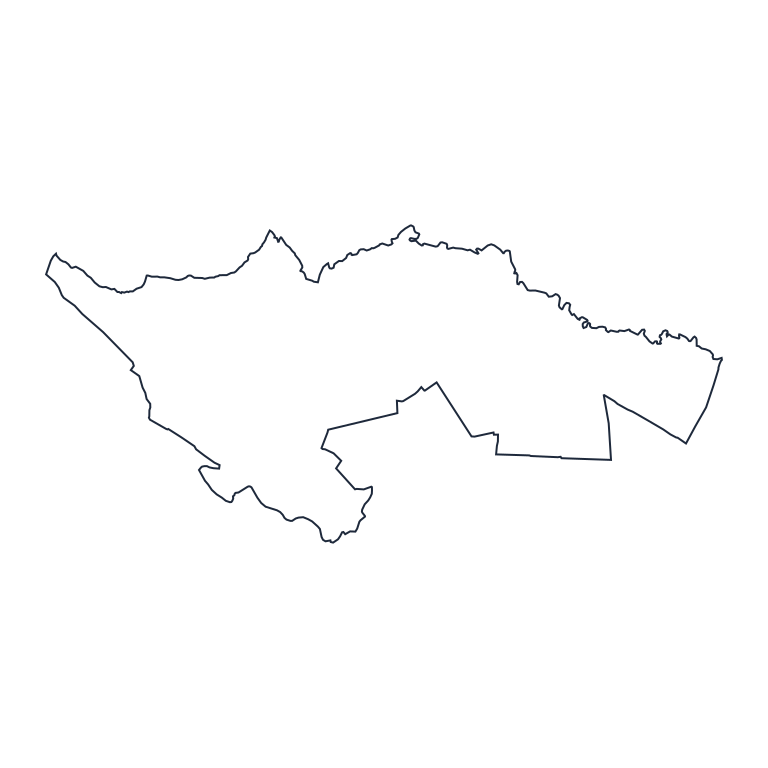 Popesti, Vrancea, Romania
{"feature_id": "2599482B83039942073934", "entity_name": "Popesti", "entity_type": "district", "adm_level": 2, "iso_a3": "ROU", "parent_name": "Romania", "parent_adm1": "Vrancea", "projection": "albers", "projection_center": [27.079, 45.583], "detail": "fine", "context": "isolated", "style": "outline", "palette": "slate", "viewbox_px": 768, "rotation_deg": 0, "n_neighbors": 0, "source": "geoboundaries", "source_scale": "gbopen_adm2", "svg_char_len": 6104}
<svg xmlns="http://www.w3.org/2000/svg" viewBox="0 0 768 768"><path d="M686.0,443.5L695.3,426.3L706.1,407.4L713.5,385.4L718.4,369.4L718.5,367.4L719.7,363.6L720.9,361.0L721.9,359.9L721.6,357.9L717.4,359.3L713.4,359.0L712.6,356.9L713.0,355.7L712.8,354.4L709.8,351.0L705.7,349.3L701.7,348.5L699.0,346.3L696.7,345.8L696.6,339.5L696.1,338.0L694.6,336.6L693.5,337.3L690.6,341.0L690.0,341.2L689.0,341.0L687.3,338.6L685.5,337.1L679.9,334.4L679.2,334.4L679.0,335.8L679.4,337.7L679.2,338.3L678.7,338.5L671.9,336.6L669.4,334.5L668.7,334.5L667.0,336.3L666.6,334.7L666.7,333.7L667.7,332.8L667.6,331.8L667.2,331.0L665.5,330.3L663.2,331.3L661.9,333.9L661.2,334.8L660.0,335.2L659.8,335.9L659.6,336.9L660.8,338.1L661.3,339.4L660.2,341.3L660.1,342.1L660.9,343.4L660.5,343.8L657.4,343.8L657.0,343.3L657.0,341.6L656.7,341.3L655.0,341.4L653.2,343.4L652.5,343.5L649.5,341.4L645.9,336.9L644.5,335.7L643.8,333.7L644.8,330.9L644.1,329.6L642.1,329.8L637.9,334.6L637.5,334.6L630.0,330.9L629.8,330.0L629.0,329.5L624.4,331.1L619.6,330.5L618.7,331.0L618.4,331.7L616.8,331.8L610.8,330.5L608.4,332.1L607.8,331.9L605.9,330.1L606.0,328.8L605.2,327.4L602.5,326.7L599.0,326.9L596.4,328.2L591.9,327.9L590.3,326.6L590.0,325.9L590.1,324.0L589.4,323.2L588.5,323.1L587.7,323.8L586.3,327.0L583.6,328.0L582.8,326.4L582.7,324.1L583.8,322.5L587.4,321.4L587.6,320.8L587.1,319.9L582.8,317.3L581.9,317.2L579.6,318.4L579.7,319.6L579.5,319.8L577.7,318.9L573.9,314.1L572.2,315.0L571.6,314.5L569.2,310.3L569.6,307.0L570.2,304.8L569.0,303.3L566.5,302.9L564.3,305.1L562.4,309.1L561.9,309.3L560.6,308.3L559.5,307.2L558.9,305.5L560.0,298.1L558.6,295.7L557.3,294.7L555.6,294.1L552.2,296.3L548.8,296.7L546.3,293.4L544.6,292.7L535.3,290.5L529.8,290.6L527.7,290.1L523.3,283.1L522.0,281.9L520.1,282.0L518.7,284.3L517.5,284.0L517.1,281.9L517.6,275.2L516.4,273.0L515.1,273.5L514.3,273.3L514.6,271.8L515.1,271.1L515.2,269.4L511.2,261.6L509.8,251.5L509.5,251.0L507.9,250.5L506.1,250.7L504.6,251.8L503.8,253.2L503.2,253.2L500.2,249.6L494.3,245.4L491.2,244.3L487.7,245.5L481.6,250.4L478.3,248.6L477.1,248.6L476.2,249.6L478.4,253.3L477.8,253.8L474.5,252.4L470.0,249.7L467.6,250.3L462.0,248.7L455.4,248.2L453.2,247.6L448.3,248.9L447.4,248.5L447.0,247.5L447.2,245.2L446.6,243.8L442.2,242.3L440.5,242.5L437.9,245.9L437.0,246.4L435.6,246.6L424.4,243.6L423.1,244.1L422.8,245.3L421.7,245.5L418.8,243.6L415.8,240.6L411.4,241.2L410.1,240.5L409.5,239.7L410.0,238.5L410.9,238.1L414.4,238.9L416.4,238.9L417.8,237.9L419.3,234.4L418.9,233.6L415.5,232.3L414.4,230.5L413.7,227.1L413.1,226.4L411.1,225.4L410.4,225.5L405.3,228.5L401.0,231.9L398.4,234.9L397.6,237.5L395.1,238.8L391.8,239.1L391.5,239.6L391.8,241.7L392.5,243.3L391.4,244.4L388.2,245.5L382.3,243.5L379.7,244.4L379.3,245.3L374.7,247.8L373.2,248.3L371.8,248.1L370.0,249.4L366.7,250.5L363.7,249.2L360.7,249.4L359.3,250.2L357.8,253.0L356.6,254.3L352.1,255.1L351.5,254.7L351.5,254.0L351.0,253.3L350.2,253.1L347.3,255.0L346.1,258.0L342.2,261.1L338.9,261.0L334.3,264.3L333.6,267.7L331.6,268.6L329.8,268.3L329.2,267.4L328.1,263.3L326.9,264.0L323.3,267.1L319.8,274.7L317.9,282.3L313.8,281.7L312.2,280.7L306.2,278.9L304.7,274.0L303.8,272.6L302.2,271.4L300.5,271.1L300.4,270.6L302.3,267.5L302.2,265.7L299.2,259.9L295.3,255.2L294.8,253.4L292.1,250.8L289.7,247.5L286.2,244.9L281.3,237.5L280.7,237.4L279.3,239.7L278.8,241.6L278.2,241.8L276.9,238.1L274.4,237.5L274.9,236.3L274.3,235.0L272.1,232.1L269.8,230.5L266.2,237.6L265.6,239.7L264.0,242.4L262.4,244.3L262.0,246.0L260.8,247.0L259.1,249.7L255.2,252.5L253.5,253.2L250.3,253.6L248.0,257.0L248.2,259.2L247.6,260.5L244.5,262.4L242.0,265.8L239.6,267.4L235.9,271.4L234.3,272.5L231.0,273.0L226.8,275.1L219.5,275.2L218.2,276.1L215.4,276.7L214.3,277.5L209.8,277.6L204.8,278.8L202.2,278.0L194.3,277.8L190.9,275.6L189.1,275.5L187.7,276.0L186.3,277.4L182.2,279.3L178.5,280.0L175.5,279.8L170.3,278.2L164.1,277.3L160.0,277.3L157.5,276.6L151.9,276.7L147.8,275.5L146.7,275.6L145.0,281.5L143.7,284.4L141.5,287.1L136.6,288.7L132.8,291.4L129.8,291.4L128.5,292.1L127.0,291.6L124.3,292.6L121.9,292.1L121.2,293.1L119.0,292.0L117.4,292.0L114.4,288.9L111.4,289.4L105.9,287.0L102.8,287.2L99.4,286.3L94.7,282.5L90.8,277.8L87.4,275.6L83.3,270.9L75.8,266.7L72.1,267.9L70.9,267.5L68.4,264.3L65.5,262.0L63.1,261.5L60.3,259.9L56.5,255.6L56.0,253.7L53.3,256.3L50.8,260.7L46.1,274.4L54.8,282.0L58.8,287.7L61.8,295.1L63.7,297.8L74.7,305.7L82.3,314.0L103.1,332.1L132.7,362.3L133.8,365.9L130.8,370.1L139.3,376.1L142.6,387.6L145.3,392.9L146.6,399.0L150.2,403.8L150.3,407.5L149.4,410.2L149.3,416.3L148.9,417.7L150.0,419.7L166.1,428.9L167.5,429.4L168.3,429.0L181.3,437.3L194.4,446.2L196.1,449.3L204.7,455.8L214.5,462.7L219.6,465.1L219.1,468.6L213.4,468.2L209.5,467.4L206.9,466.1L204.6,466.1L202.1,466.6L201.0,467.5L199.0,470.0L205.0,480.8L208.1,484.4L211.8,489.9L216.7,494.4L221.8,497.6L225.8,500.8L229.9,502.2L231.4,502.0L232.3,500.8L233.2,498.6L233.0,496.3L234.3,495.3L234.7,493.8L235.5,492.9L238.5,492.5L247.7,486.7L249.0,486.3L250.4,486.6L251.5,487.4L257.4,497.7L261.2,503.0L265.6,506.7L277.0,510.3L280.2,512.1L282.8,514.9L284.5,517.9L286.5,519.6L290.5,520.9L292.1,520.9L295.7,518.5L298.5,517.6L303.2,517.2L308.1,519.2L312.1,521.4L317.9,526.6L319.9,529.0L321.6,537.0L323.0,539.8L325.5,541.3L330.4,540.4L330.7,542.0L333.1,542.6L338.0,539.3L340.1,536.3L342.1,532.3L343.4,532.0L345.2,534.2L350.1,531.4L355.4,531.6L357.2,528.6L359.4,521.7L360.5,520.3L365.0,516.6L364.9,515.9L362.2,512.5L361.9,511.4L362.2,509.6L364.7,504.3L368.2,500.5L370.1,497.5L371.8,493.8L372.0,490.3L371.9,487.1L371.3,486.7L363.8,489.4L356.7,488.9L355.0,489.3L336.1,468.4L341.2,460.8L333.6,453.3L325.1,449.3L322.5,449.0L321.5,448.1L327.5,432.5L328.2,429.7L397.4,413.1L396.9,400.7L401.8,401.4L403.2,401.1L415.0,393.8L417.7,391.4L421.3,387.1L424.4,390.6L424.9,390.6L436.6,382.4L471.5,436.4L474.6,436.6L493.5,432.5L493.9,434.7L498.0,434.6L497.9,441.4L496.9,445.9L496.1,454.4L529.3,455.4L530.8,456.0L557.8,457.2L560.6,456.8L561.5,458.2L611.0,459.9L608.7,423.3L603.8,395.3L604.2,395.1L614.4,401.2L617.6,404.0L627.7,409.6L632.7,411.7L647.1,420.0L663.2,429.4L670.4,434.4L676.2,437.5L677.6,437.7L686.0,443.5Z" fill="none" stroke="#1e293b" stroke-width="2"/></svg>